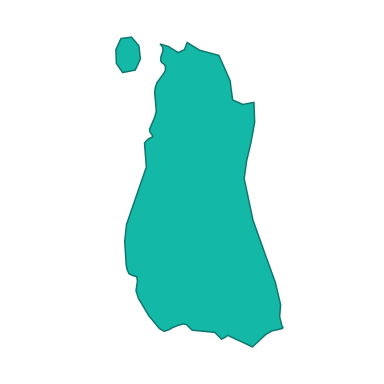 map outline of Grand'Anse (Robinson projection), rotated 263°
{"feature_id": "HTI-1359", "entity_name": "Grand'Anse", "entity_type": "Department", "adm_level": 1, "iso_a3": "HTI", "parent_name": "Haiti", "parent_adm1": "", "projection": "robinson", "projection_center": [-74.06, 18.515], "detail": "fine", "context": "isolated", "style": "filled", "palette": "teal", "viewbox_px": 384, "rotation_deg": 263, "n_neighbors": 0, "source": "natural_earth", "source_scale": "10m", "svg_char_len": 1168}
<svg xmlns="http://www.w3.org/2000/svg" viewBox="0 0 384 384"><g transform="rotate(263 192 192)"><path d="M46.1,265.8L45.3,263.9L44.4,254.6L41.7,248.0L30.9,233.1L45.4,209.9L44.1,208.0L42.3,203.4L49.9,197.5L54.8,175.3L61.0,170.4L62.1,167.9L61.4,162.3L59.8,156.3L58.2,152.6L57.1,147.5L60.3,143.1L74.4,134.1L92.9,125.9L100.8,124.4L110.4,127.0L114.6,126.8L116.4,122.9L118.4,119.6L123.1,118.1L128.0,117.8L151.3,119.2L167.9,123.1L222.3,149.7L246.2,150.8L247.1,151.5L249.8,154.9L250.4,155.9L251.3,159.6L253.7,159.3L256.5,157.7L259.2,157.4L271.2,164.3L276.6,166.4L295.3,167.1L299.7,168.1L304.6,170.4L313.6,178.8L316.2,180.5L320.5,180.9L322.6,179.5L324.0,177.8L326.2,176.9L330.3,177.7L335.5,180.4L339.2,180.5L341.7,179.2L342.8,178.3L339.4,186.2L332.1,195.2L334.2,201.9L341.0,205.4L331.8,216.8L324.3,235.3L311.0,239.4L297.7,243.4L288.1,243.4L278.4,243.6L272.7,253.1L273.4,264.4L253.6,262.7L233.8,256.5L216.5,250.1L198.9,245.4L156.7,249.1L115.0,258.4L92.2,263.7L69.2,266.2L57.6,263.8L47.7,265.0L46.1,265.8ZM319.0,137.7L328.9,132.6L342.6,133.8L353.0,140.2L353.1,150.8L343.5,157.1L330.3,157.0L319.9,150.5L319.0,137.7Z" fill="#14b8a6" stroke="#0f766e" stroke-width="1.5"/></g></svg>